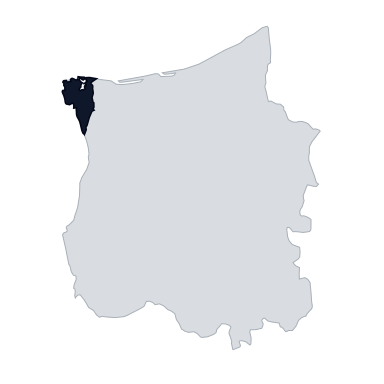 Ivory Coast, with Sud-Comoé highlighted, rotated 176°
{"feature_id": "CIV-3462", "entity_name": "Sud-Comoé", "entity_type": "Region", "adm_level": 1, "iso_a3": "CIV", "parent_name": "Ivory Coast", "parent_adm1": "", "projection": "natural_earth1", "projection_center": [-3.177, 5.67], "detail": "fine", "context": "in_parent", "style": "filled", "palette": "ink", "viewbox_px": 384, "rotation_deg": 176, "n_neighbors": 0, "source": "natural_earth", "source_scale": "10m", "svg_char_len": 5945}
<svg xmlns="http://www.w3.org/2000/svg" viewBox="0 0 384 384"><g transform="rotate(176 192 192)"><path d="M87.1,60.1L88.4,60.1L91.7,58.9L94.7,56.4L97.5,51.1L101.4,46.8L105.6,47.1L106.9,46.3L108.4,46.2L110.2,49.0L112.0,51.1L113.3,51.2L114.2,55.2L122.0,56.9L125.3,58.0L128.2,61.0L129.1,61.1L130.3,60.4L131.2,59.4L131.4,58.3L130.2,55.6L130.8,53.2L132.0,51.1L134.1,50.9L137.1,50.3L140.6,50.3L143.1,50.7L144.2,48.6L143.2,42.5L143.5,39.2L143.9,36.4L144.9,35.3L148.7,38.8L152.3,40.1L154.8,40.2L155.5,39.5L154.4,35.7L154.7,34.5L155.7,33.8L157.3,33.4L161.9,31.9L162.3,32.2L163.2,38.2L162.8,40.2L163.7,44.3L164.9,48.1L164.8,49.7L163.8,52.1L162.7,54.2L162.8,55.1L164.6,56.6L168.0,58.1L171.6,58.5L173.6,56.3L175.6,54.4L177.1,52.8L177.6,50.4L179.8,48.7L186.3,46.5L192.3,46.2L193.7,46.9L196.4,50.2L199.8,52.5L205.0,52.2L208.7,53.6L212.0,56.1L214.1,61.8L216.5,65.9L217.6,71.8L221.3,74.9L224.3,76.3L228.3,80.5L232.4,82.7L236.7,82.2L238.7,84.4L241.9,86.0L245.1,86.1L247.9,81.2L251.6,79.3L261.0,75.3L264.8,73.6L268.5,72.4L277.6,72.1L286.0,73.3L290.2,74.2L293.0,73.5L295.7,75.9L298.5,80.7L300.8,82.3L303.2,84.0L304.9,87.8L307.0,91.7L308.1,93.4L310.6,97.1L312.8,97.2L314.9,95.6L315.8,94.4L316.2,96.8L315.4,100.9L315.6,103.4L316.8,104.3L316.1,107.6L313.6,113.0L313.6,116.3L316.1,117.3L317.9,120.7L318.9,126.6L320.0,128.6L320.1,129.8L321.9,144.0L324.1,158.3L322.7,160.2L320.7,160.7L319.5,161.4L319.1,162.7L320.0,164.7L319.4,166.5L317.0,167.7L311.8,172.2L311.4,174.0L310.0,177.9L308.9,180.3L307.2,184.6L304.5,196.2L303.5,205.8L303.3,208.8L302.3,210.8L301.1,213.8L295.4,222.0L292.5,228.8L292.9,231.7L293.0,234.6L292.1,236.7L292.3,242.4L293.0,247.2L294.0,251.8L298.1,265.0L300.3,273.0L301.6,279.5L302.8,283.8L303.9,285.6L304.3,287.3L310.5,288.4L311.6,289.4L313.3,297.8L313.0,301.6L311.8,303.1L311.9,306.3L311.6,310.3L310.7,311.9L307.3,312.1L304.9,313.6L301.9,313.0L301.6,312.0L299.9,311.6L295.4,309.4L296.1,302.1L294.0,301.7L292.4,302.7L289.2,311.5L287.6,313.0L265.0,308.5L260.0,304.8L254.1,304.0L243.9,304.4L235.4,305.5L233.0,307.7L254.4,306.4L256.7,306.7L257.7,308.0L230.7,310.9L220.3,312.6L217.3,312.1L215.0,309.3L203.8,309.0L201.4,309.9L200.1,312.0L204.5,311.5L211.4,311.4L213.3,313.0L191.5,315.1L176.4,319.0L169.9,321.9L148.8,331.5L136.0,336.1L132.6,337.7L126.7,342.4L119.2,345.4L110.7,350.9L105.6,352.1L104.4,350.4L104.3,341.0L103.6,328.5L103.9,323.7L104.6,319.2L104.6,315.5L107.2,314.1L107.9,312.5L108.3,307.7L110.7,303.3L110.7,295.5L111.4,293.9L112.0,291.9L111.0,286.8L109.6,277.3L109.0,276.7L108.4,277.1L107.1,277.3L101.8,274.0L97.7,273.4L94.8,270.6L94.6,267.4L93.3,265.5L92.3,261.8L90.9,257.5L86.8,254.9L83.1,254.3L80.4,254.9L77.2,254.7L73.6,253.3L71.1,251.7L68.8,248.6L66.6,246.1L64.8,246.4L62.7,245.8L60.6,244.7L59.9,243.8L68.7,233.9L71.7,229.0L72.0,226.1L72.1,223.1L73.0,220.0L73.3,215.4L68.5,198.4L67.3,193.1L66.0,191.6L65.2,191.0L67.6,188.8L71.0,189.4L76.2,191.1L77.3,189.4L81.3,180.8L81.2,177.7L80.8,175.5L83.1,169.6L84.9,167.3L85.9,164.9L85.6,161.5L84.2,160.3L82.4,160.5L80.2,159.7L76.9,157.8L75.2,156.1L75.8,148.3L76.1,145.9L77.3,144.5L79.1,144.2L84.2,143.9L88.4,144.8L92.0,145.3L94.0,145.3L95.6,147.6L97.6,150.0L99.5,149.9L100.1,148.2L99.7,140.5L98.5,136.5L95.7,132.6L88.5,129.3L88.4,124.6L89.1,119.6L90.7,117.7L96.1,114.5L95.1,112.8L93.4,110.9L90.0,109.1L90.8,103.0L91.0,97.6L88.1,98.2L85.2,98.6L82.7,96.9L80.6,93.6L80.3,84.6L80.3,74.2L79.9,69.6L80.7,67.2L83.3,64.9L86.1,62.0L87.1,60.1ZM298.9,313.1L297.8,315.1L292.0,313.8L293.4,312.2L298.9,313.1Z" fill="#d9dde1" stroke="#a8b0b8" stroke-width="1"/><path d="M295.3,256.8L295.4,257.0L296.7,258.3L297.6,261.1L298.9,269.5L299.5,271.3L301.2,274.8L301.7,276.6L301.8,278.4L301.4,284.2L304.2,283.9L303.8,287.0L304.0,288.3L305.0,289.0L305.9,288.9L307.3,287.9L308.0,287.6L311.1,288.5L311.7,289.0L312.0,289.7L312.2,290.5L312.3,293.1L313.0,296.7L314.2,299.9L314.4,300.8L314.3,301.7L313.9,302.3L313.3,302.4L311.8,302.1L311.5,305.2L311.7,305.9L312.3,306.9L312.5,307.5L312.4,307.9L312.3,309.0L312.3,309.5L313.0,310.2L313.2,310.5L312.8,311.5L312.2,312.0L311.2,312.1L309.5,312.1L309.4,310.7L307.9,310.4L306.2,310.7L305.0,310.7L305.4,311.7L305.2,312.7L304.5,313.5L303.7,313.8L303.0,313.5L300.7,312.3L300.0,311.7L299.1,312.0L297.4,312.0L296.7,312.4L296.3,311.4L295.7,310.3L294.9,309.3L294.2,308.9L293.8,308.6L294.3,307.8L295.0,307.1L295.2,306.9L295.4,306.2L295.5,304.7L295.8,304.1L296.4,303.7L296.9,303.5L297.2,303.2L297.3,302.2L297.2,301.5L296.9,301.1L296.4,301.0L295.6,301.0L295.4,301.1L295.2,301.4L294.9,301.6L294.5,301.7L294.1,301.7L293.5,301.4L293.1,301.4L292.7,301.5L291.9,302.2L291.3,302.4L291.8,303.6L292.0,304.6L291.7,305.3L290.4,305.5L290.6,305.9L290.6,306.2L290.5,306.6L290.2,306.9L290.6,307.2L290.7,307.3L290.4,307.3L290.9,307.4L291.3,307.6L291.8,307.6L292.3,307.6L292.3,307.9L291.8,308.1L291.2,308.1L290.7,308.2L290.4,308.5L290.0,309.0L289.8,309.5L289.6,310.0L289.1,309.6L288.8,309.8L288.9,310.3L289.6,310.7L289.3,311.3L289.6,311.7L290.1,312.0L290.7,312.1L289.2,313.5L286.3,313.4L279.3,311.7L284.2,308.8L285.3,307.6L285.2,307.3L285.2,307.1L285.1,306.9L285.0,306.7L284.8,306.5L284.0,305.7L283.9,305.5L283.8,305.3L283.7,305.1L283.6,304.8L283.6,304.6L283.6,304.3L283.9,302.0L283.6,298.4L283.7,297.2L283.8,296.7L284.6,294.6L285.0,293.3L285.1,292.8L285.1,292.4L285.0,292.1L284.9,291.9L284.8,291.5L284.6,289.2L284.5,288.8L284.4,288.6L284.3,288.4L284.1,288.3L283.9,288.1L283.7,287.9L283.7,287.4L283.9,283.4L284.0,283.1L284.5,282.4L284.7,282.0L284.7,281.8L284.6,281.3L283.9,280.4L285.6,279.8L285.8,279.7L286.0,279.6L286.2,279.4L289.3,273.4L291.9,266.1L292.3,265.3L292.7,264.9L293.0,264.6L293.1,264.4L293.2,264.0L293.3,263.6L293.3,263.0L293.1,262.0L293.1,261.7L293.6,260.4L295.3,256.8L295.3,256.8ZM297.7,314.1L297.5,315.0L295.6,314.5L291.3,314.0L290.7,313.6L290.9,312.9L291.7,312.0L292.6,311.3L293.7,311.7L294.0,311.9L294.1,312.2L294.2,312.5L294.3,312.7L294.7,312.9L295.6,313.3L295.8,313.2L296.0,313.1L296.4,313.4L297.0,314.1L297.6,314.2L297.7,314.1Z" fill="#0f172a" stroke="#020617" stroke-width="1.5"/></g></svg>